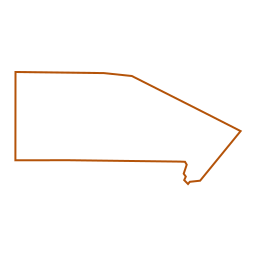 Bandera, Texas, United States of America
{"feature_id": "52423323B80467523610206", "entity_name": "Bandera", "entity_type": "district", "adm_level": 2, "iso_a3": "USA", "parent_name": "United States of America", "parent_adm1": "Texas", "projection": "mercator", "projection_center": [-99.108, 29.73], "detail": "fine", "context": "isolated", "style": "outline", "palette": "amber", "viewbox_px": 256, "rotation_deg": 0, "n_neighbors": 0, "source": "geoboundaries", "source_scale": "gbopen_adm2", "svg_char_len": 335}
<svg xmlns="http://www.w3.org/2000/svg" viewBox="0 0 256 256"><path d="M15.5,72.0L15.4,160.3L67.6,160.2L180.1,161.6L185.0,161.8L186.7,164.7L183.7,173.7L185.8,176.6L184.2,180.1L188.0,184.0L189.8,181.8L200.1,180.7L233.1,140.3L240.6,131.1L202.7,111.8L131.8,76.0L104.0,73.1L15.5,72.0Z" fill="none" stroke="#b45309" stroke-width="2"/></svg>